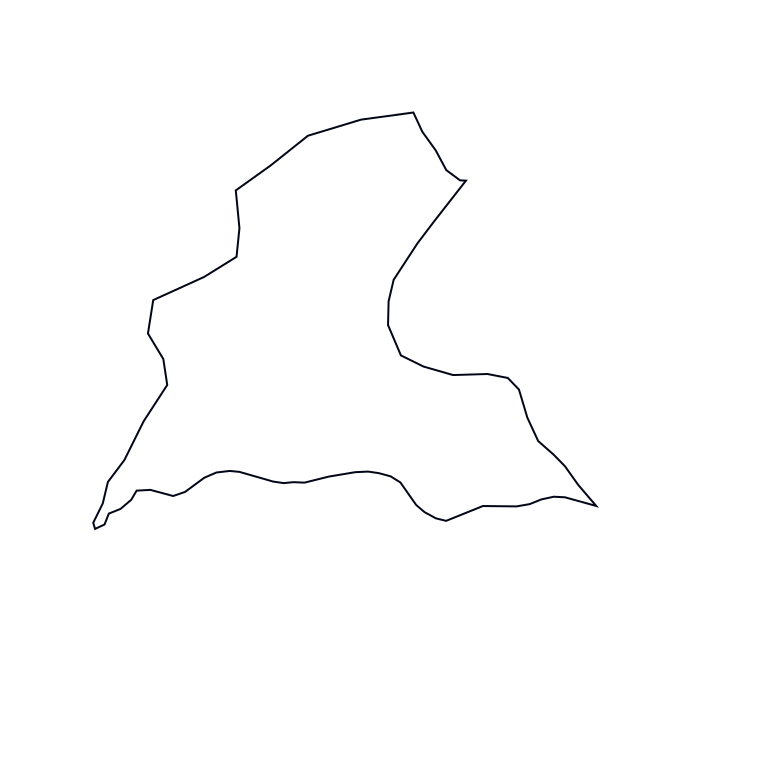 Anju City, P'yŏngan-namdo, North Korea (Albers equal-area conic projection), rotated 206°
{"feature_id": "82179303B77985943192226", "entity_name": "Anju City", "entity_type": "district", "adm_level": 2, "iso_a3": "PRK", "parent_name": "North Korea", "parent_adm1": "P'yŏngan-namdo", "projection": "albers", "projection_center": [125.736, 39.589], "detail": "fine", "context": "isolated", "style": "outline", "palette": "ink", "viewbox_px": 768, "rotation_deg": 206, "n_neighbors": 0, "source": "geoboundaries", "source_scale": "gbopen_adm2", "svg_char_len": 1066}
<svg xmlns="http://www.w3.org/2000/svg" viewBox="0 0 768 768"><g transform="rotate(206 384 384)"><path d="M580.2,127.1L573.6,135.2L574.5,146.9L566.0,156.3L560.4,169.2L559.6,179.7L547.6,186.4L524.4,190.9L515.5,199.8L504.4,221.0L495.8,231.0L484.6,238.2L475.6,241.6L453.0,245.6L440.9,247.7L430.6,251.0L422.5,256.0L412.2,260.5L393.0,276.6L371.1,292.2L359.9,298.3L349.6,301.6L337.6,303.9L326.1,302.7L302.1,289.4L291.4,286.6L278.5,286.0L268.2,288.2L241.6,317.7L211.2,332.1L200.4,339.9L191.9,349.3L182.0,357.1L171.7,361.5L139.8,367.4L165.3,378.5L185.3,389.4L200.4,394.8L220.4,400.3L240.4,416.6L260.3,438.2L275.4,443.7L295.5,438.3L325.9,422.3L356.1,417.0L381.3,417.1L406.2,438.7L416.1,460.3L421.0,481.9L415.6,525.0L410.3,551.9L399.5,602.7L404.9,600.4L421.7,603.5L440.0,616.7L460.1,627.5L476.6,640.9L520.6,611.5L561.2,573.8L581.7,530.7L602.1,493.0L597.8,486.1L582.2,460.6L572.3,433.7L592.6,401.4L628.2,358.3L618.3,325.9L593.3,309.7L578.4,288.1L583.7,245.0L584.0,201.9L589.2,174.9L584.4,153.3L584.5,131.8L580.2,127.1Z" fill="none" stroke="#020617" stroke-width="2"/></g></svg>